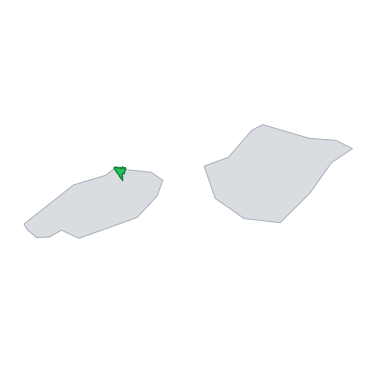 Gagaemauga II (PART), A'ana, Samoa (highlighted), rotated 142°
{"feature_id": "51752279B80386032280412", "entity_name": "Gagaemauga II (PART)", "entity_type": "district", "adm_level": 2, "iso_a3": "WSM", "parent_name": "Samoa", "parent_adm1": "A'ana", "projection": "natural_earth1", "projection_center": [-171.93, -13.977], "detail": "fine", "context": "in_parent", "style": "filled", "palette": "green", "viewbox_px": 384, "rotation_deg": 142, "n_neighbors": 0, "source": "geoboundaries", "source_scale": "gbopen_adm2", "svg_char_len": 1897}
<svg xmlns="http://www.w3.org/2000/svg" viewBox="0 0 384 384"><g transform="rotate(142 192 192)"><path d="M141.4,113.5L167.3,139.0L177.6,172.7L166.5,204.9L142.1,197.0L106.7,203.8L94.9,201.6L66.5,162.0L46.8,144.1L38.9,127.4L64.0,129.3L100.6,118.3L141.4,113.5ZM344.1,270.2L280.9,270.5L249.7,258.3L238.6,258.2L211.9,232.6L207.8,219.2L221.8,210.4L251.0,205.7L309.6,225.1L318.4,242.4L331.9,244.2L342.4,251.7L345.1,263.8L344.1,270.2Z" fill="#d9dde1" stroke="#a8b0b8" stroke-width="1"/><path d="M229.8,251.4L229.8,251.5L230.0,251.8L229.9,252.0L230.0,252.0L230.2,252.3L230.3,252.6L230.5,252.6L230.8,252.7L230.9,252.8L231.1,253.0L231.2,253.3L231.3,253.4L231.3,253.5L231.5,253.7L231.5,253.8L231.6,253.7L231.7,253.8L231.8,253.8L231.7,253.9L231.8,253.9L231.8,254.0L232.0,254.2L232.1,254.3L232.3,254.3L232.5,254.5L232.8,254.6L233.0,254.5L233.3,254.4L233.3,254.5L233.3,254.4L233.3,254.2L233.6,254.2L233.6,254.3L233.6,254.5L233.8,254.7L233.8,254.8L233.7,254.9L233.7,255.0L233.8,254.9L234.0,254.9L234.1,255.0L234.1,255.3L234.3,255.5L234.5,255.6L234.7,256.0L234.8,256.2L235.0,256.2L235.1,256.3L235.3,256.4L235.3,256.6L235.5,256.6L235.7,256.8L235.8,256.9L236.0,257.1L236.1,257.3L236.2,257.6L236.3,257.8L236.3,258.0L236.2,258.0L236.3,258.2L236.4,258.3L236.6,258.4L236.8,258.5L237.0,258.5L237.3,258.8L237.6,258.9L237.8,258.8L238.1,258.9L238.3,258.9L238.4,259.0L238.5,259.0L238.8,258.0L238.8,257.8L238.9,256.3L238.9,255.5L239.1,254.3L239.1,253.5L239.1,252.7L239.1,250.5L239.1,250.4L239.2,249.7L239.3,249.4L239.4,249.1L239.4,248.8L239.4,248.7L239.5,248.7L239.5,247.9L239.5,247.7L239.5,247.3L239.5,246.5L239.5,245.8L239.4,244.2L238.1,245.7L237.6,246.7L237.4,247.0L237.2,247.3L236.8,248.1L236.4,248.5L235.4,249.6L234.3,248.2L232.4,249.5L232.0,249.9L231.8,250.0L231.5,250.2L231.1,250.6L230.8,250.8L230.7,250.8L230.5,251.0L230.0,251.3L229.8,251.4L229.8,251.4Z" fill="#22c55e" stroke="#15803d" stroke-width="1.5"/></g></svg>